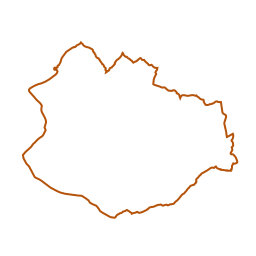 Putna, Suceava, Romania (orthographic projection), rotated 86°
{"feature_id": "2599482B68434339585175", "entity_name": "Putna", "entity_type": "district", "adm_level": 2, "iso_a3": "ROU", "parent_name": "Romania", "parent_adm1": "Suceava", "projection": "orthographic", "projection_center": [25.576, 47.849], "detail": "fine", "context": "isolated", "style": "outline", "palette": "amber", "viewbox_px": 256, "rotation_deg": 86, "n_neighbors": 0, "source": "geoboundaries", "source_scale": "gbopen_adm2", "svg_char_len": 5664}
<svg xmlns="http://www.w3.org/2000/svg" viewBox="0 0 256 256"><g transform="rotate(86 128 128)"><path d="M147.6,234.7L151.1,234.3L156.3,231.9L159.4,229.4L170.4,224.5L171.2,223.5L173.0,220.2L174.6,218.0L182.1,209.4L185.9,203.3L187.6,200.1L189.2,195.4L190.6,188.7L191.8,182.9L192.4,178.9L195.1,175.2L197.5,172.4L199.8,171.2L201.3,169.1L203.2,165.3L204.0,164.5L206.8,162.7L208.8,161.7L209.7,160.7L211.4,158.3L215.7,151.7L216.6,147.5L215.9,146.6L214.2,145.2L213.5,144.3L213.5,143.6L213.0,142.8L212.5,142.2L212.5,141.6L212.3,140.8L211.7,139.5L211.1,138.8L210.9,138.2L210.7,136.9L210.6,136.6L209.7,134.9L209.8,134.6L210.4,133.9L211.1,132.8L213.1,130.4L213.3,130.1L213.7,130.1L213.6,129.7L213.4,129.3L213.2,128.4L213.1,127.1L212.8,126.0L212.4,125.2L212.3,124.7L212.5,124.3L213.3,123.3L213.4,122.9L213.2,121.0L212.9,120.1L212.5,118.7L211.7,116.8L211.3,115.5L210.8,114.9L210.5,114.5L210.4,113.9L210.2,113.6L209.4,112.8L208.8,112.0L208.5,110.3L208.4,108.6L207.9,106.5L207.1,104.8L207.2,104.4L206.8,103.3L206.8,101.8L206.6,100.6L207.1,100.0L207.9,98.6L207.6,97.5L207.2,95.3L207.2,94.9L207.4,94.4L207.9,93.9L207.9,93.4L207.7,92.7L207.5,92.0L207.3,91.6L207.0,91.2L207.1,90.6L207.1,90.1L206.8,87.9L206.1,87.0L205.0,86.0L204.3,84.9L203.8,84.1L202.2,82.4L201.7,81.8L200.6,81.0L200.0,80.3L198.6,79.1L197.9,78.1L197.4,77.1L197.0,76.4L195.4,74.9L194.9,74.3L192.7,72.5L191.9,71.3L191.5,70.9L190.9,70.6L190.3,69.9L189.8,68.9L189.6,67.9L189.3,67.1L189.4,66.7L189.3,66.2L187.8,64.7L187.5,64.2L187.0,64.2L186.6,63.6L186.3,63.5L184.6,63.7L183.9,63.4L183.1,62.6L182.3,61.5L181.1,60.6L180.7,60.0L179.7,58.9L179.7,58.7L178.8,58.0L178.4,57.4L178.0,56.7L177.8,55.9L176.5,53.4L175.9,52.0L174.2,49.2L173.7,48.2L173.4,47.5L173.3,47.0L173.8,44.9L173.3,44.3L172.6,43.6L172.6,42.9L173.4,42.7L174.2,41.9L174.8,41.0L175.4,39.7L175.6,38.5L176.1,38.5L176.2,37.9L176.8,34.8L177.0,33.9L177.1,33.7L177.0,33.2L177.2,32.1L177.5,32.2L177.6,31.7L177.8,28.4L177.3,28.4L176.7,28.2L176.8,27.6L174.4,27.0L173.1,26.9L172.7,26.7L172.2,26.4L171.6,25.8L170.9,25.6L170.6,25.4L171.0,24.5L171.0,23.8L170.5,22.1L170.1,21.6L169.4,21.3L167.5,21.7L164.6,22.7L162.0,24.6L161.5,25.5L161.5,26.5L161.2,27.1L160.6,27.4L160.0,27.3L159.3,26.8L157.5,25.6L157.0,25.4L154.7,25.9L154.3,25.8L153.6,24.7L152.9,24.3L152.1,24.3L151.1,24.4L150.3,24.3L149.2,24.7L148.4,25.3L147.8,25.6L147.2,25.4L146.4,24.5L145.1,24.0L143.6,23.6L142.4,23.5L141.1,23.8L143.8,29.6L143.9,30.0L140.0,30.3L138.4,30.4L131.3,31.5L130.3,31.6L129.0,31.4L125.0,29.8L123.8,29.4L122.9,29.3L122.4,29.4L121.9,29.7L121.6,30.1L120.4,31.8L120.0,32.2L119.0,32.7L108.6,33.5L108.5,34.9L108.4,36.1L107.6,37.4L107.8,38.2L107.8,38.8L108.5,39.8L109.2,40.8L109.4,41.4L109.5,42.4L109.9,43.0L110.0,43.5L109.9,44.6L110.0,44.8L110.3,45.4L110.6,46.9L110.6,47.7L110.3,49.0L109.9,49.1L109.0,49.7L107.2,50.6L106.3,50.5L105.3,50.7L105.1,50.8L104.7,52.5L104.2,53.5L103.7,54.2L103.2,54.6L102.8,55.0L102.2,55.5L101.6,56.6L101.2,56.9L100.3,57.5L100.6,58.3L100.5,58.6L99.7,60.8L99.7,61.3L99.8,63.4L100.1,65.6L100.1,66.3L99.7,67.9L99.3,69.1L99.1,71.1L99.4,72.2L100.2,73.0L101.8,73.8L101.0,74.0L100.7,74.3L99.9,74.2L98.2,74.8L97.2,75.9L96.8,76.9L96.3,76.8L95.4,77.3L94.4,78.1L93.6,79.0L93.6,80.0L93.6,80.8L94.0,81.5L94.0,82.1L94.0,82.4L93.6,84.0L93.6,84.9L93.4,85.2L91.3,87.4L90.2,88.3L90.1,88.5L90.0,91.4L89.0,93.2L87.8,96.1L87.0,98.2L86.5,99.1L86.0,99.7L83.7,99.4L83.3,99.1L82.6,99.1L81.9,99.1L79.8,98.2L79.4,98.1L76.9,96.6L76.5,96.3L76.1,96.1L75.7,96.2L74.5,96.8L72.9,95.9L72.6,95.5L72.2,95.2L71.4,94.8L70.1,94.5L70.1,95.4L69.9,96.0L69.8,97.0L69.6,97.4L68.2,98.9L66.9,99.8L66.6,100.2L66.6,100.7L66.9,101.5L66.9,102.2L66.5,103.0L65.5,103.5L63.7,105.3L62.3,106.6L61.4,107.1L61.2,107.2L61.3,107.6L61.2,108.3L60.8,109.4L60.0,109.8L59.4,110.2L59.1,110.9L59.2,111.2L61.2,114.0L61.9,114.7L62.5,116.7L63.2,118.1L62.9,118.5L61.2,119.5L60.2,121.0L59.7,121.1L59.2,121.8L58.5,122.9L57.7,123.7L56.9,124.2L56.8,124.7L56.7,125.6L53.7,128.1L53.2,127.7L52.7,128.2L53.2,128.5L54.1,128.8L55.5,129.6L56.0,130.1L57.1,131.0L58.7,133.0L59.0,133.7L59.6,134.6L60.3,135.2L60.7,135.7L61.2,135.8L61.9,136.5L62.3,136.4L62.7,136.6L62.9,136.8L63.5,136.8L63.8,137.2L64.0,137.6L64.7,138.0L65.3,139.0L66.5,140.0L66.9,141.6L68.2,142.6L68.6,142.6L69.3,143.1L69.5,143.4L69.7,144.1L70.1,144.4L70.3,144.9L70.4,145.2L70.8,145.6L71.0,146.0L70.1,145.7L69.3,145.7L69.0,145.9L68.7,146.4L68.4,146.5L67.1,146.1L66.7,146.1L66.3,146.5L65.6,147.3L65.1,147.5L64.1,147.8L63.0,148.3L62.8,148.5L62.4,149.3L61.8,149.5L60.5,150.3L59.8,150.6L59.5,150.9L58.9,151.2L58.7,151.4L58.2,151.6L57.7,151.6L57.4,151.8L57.1,152.3L56.5,152.5L56.2,153.0L56.1,153.4L55.9,153.8L55.4,154.4L53.8,155.2L52.9,155.3L52.5,155.4L52.2,155.6L51.8,156.0L50.7,156.3L50.0,157.1L49.3,157.1L48.7,157.6L48.4,157.5L47.8,157.6L47.2,158.0L46.9,158.4L45.2,161.0L44.1,164.2L43.9,164.7L43.0,166.1L42.4,166.7L41.1,167.4L40.5,168.0L40.0,168.6L39.4,169.0L40.5,170.0L41.0,170.7L41.7,172.8L42.2,173.6L43.2,174.6L43.6,175.2L43.7,175.8L43.4,176.3L44.3,178.3L47.7,184.2L52.6,188.4L53.9,189.4L57.7,190.8L60.5,192.6L60.6,193.1L60.8,193.5L61.1,193.9L61.7,194.0L62.1,193.9L62.4,194.0L62.6,194.5L62.8,195.3L62.8,195.9L62.7,196.9L62.9,197.2L63.8,197.6L64.2,197.6L64.6,197.4L64.9,196.9L64.6,195.2L65.2,195.1L65.7,194.9L66.1,194.6L66.6,194.4L67.8,194.8L69.4,196.1L73.8,202.8L75.9,207.0L77.3,210.9L78.2,215.1L79.4,218.5L81.7,223.1L82.5,223.8L83.2,224.2L84.8,223.9L90.8,219.2L93.0,217.7L97.1,213.9L99.6,212.4L103.5,213.2L105.7,213.0L111.5,210.4L114.2,209.5L116.4,209.3L121.8,211.2L123.9,210.4L124.6,210.4L128.8,212.9L129.7,213.6L130.4,214.5L131.0,215.6L131.5,216.5L133.1,218.8L134.4,220.3L135.6,221.5L137.5,223.9L140.1,226.0L144.8,232.0L147.6,234.7Z" fill="none" stroke="#b45309" stroke-width="2"/></g></svg>